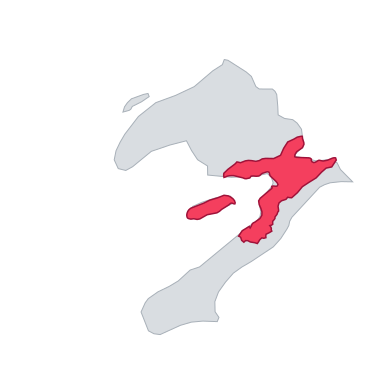 Haiti, with Ouest highlighted, rotated 314°
{"feature_id": "HTI-1388", "entity_name": "Ouest", "entity_type": "Department", "adm_level": 1, "iso_a3": "HTI", "parent_name": "Haiti", "parent_adm1": "", "projection": "robinson", "projection_center": [-72.52, 18.618], "detail": "fine", "context": "in_parent", "style": "filled", "palette": "rose", "viewbox_px": 384, "rotation_deg": 314, "n_neighbors": 0, "source": "natural_earth", "source_scale": "10m", "svg_char_len": 3863}
<svg xmlns="http://www.w3.org/2000/svg" viewBox="0 0 384 384"><g transform="rotate(314 192 192)"><path d="M309.7,123.2L311.7,126.3L316.0,147.6L316.4,154.4L312.2,164.7L312.8,168.8L321.9,178.3L322.1,181.7L321.0,185.2L313.2,194.2L307.3,200.4L309.2,207.5L314.0,214.2L314.6,219.8L313.2,227.2L305.7,236.5L301.8,239.8L290.8,240.2L289.5,241.5L295.1,250.5L301.3,260.7L311.5,268.6L313.8,276.0L311.3,283.1L310.9,300.5L303.1,292.1L294.6,285.0L289.4,282.3L284.1,280.5L243.3,281.4L238.8,282.6L235.2,284.9L231.4,286.0L220.2,288.2L209.0,288.6L183.0,282.9L172.7,280.0L162.3,278.1L150.4,278.7L138.5,280.5L129.0,284.6L121.9,291.8L120.5,298.5L116.3,300.2L106.7,289.5L97.9,281.9L87.9,276.2L67.3,268.1L63.6,263.1L61.9,257.1L70.3,238.7L79.8,235.3L85.0,234.6L96.7,236.9L108.1,241.1L118.5,243.9L134.6,244.9L143.4,249.5L205.3,256.5L217.1,258.7L221.7,257.9L225.6,255.2L229.0,250.2L232.8,246.5L251.2,245.6L255.0,244.0L257.7,238.8L257.6,233.4L246.8,226.1L230.0,210.2L215.1,191.5L221.5,185.1L219.1,173.6L221.5,162.9L225.0,152.4L210.3,143.4L193.0,134.5L168.9,131.7L161.5,129.4L157.6,122.7L161.1,113.7L168.9,108.7L177.9,105.7L187.0,103.5L209.1,101.0L231.1,103.9L250.1,113.1L269.3,120.4L293.7,122.8L304.7,125.4L309.7,123.2ZM215.7,222.5L214.1,230.0L190.6,221.1L171.6,209.9L172.4,203.9L182.1,202.5L191.4,206.2L205.2,213.6L215.7,222.5ZM228.6,89.4L232.3,91.9L230.9,94.9L221.7,93.0L212.1,89.6L209.0,90.5L207.1,90.1L201.5,86.8L206.4,84.3L211.4,83.5L217.0,83.7L228.6,89.4Z" fill="#d9dde1" stroke="#a8b0b8" stroke-width="1"/><path d="M308.7,232.7L308.5,232.9L307.2,234.4L305.3,238.0L304.1,239.4L300.6,240.7L293.7,239.3L290.3,240.1L288.7,241.4L289.5,243.1L297.8,252.4L298.4,253.4L298.6,255.0L298.1,255.6L297.5,256.0L297.1,257.2L297.7,259.1L299.0,260.0L302.6,261.0L303.4,261.7L304.8,264.0L305.5,264.9L309.0,267.4L314.0,269.5L315.3,270.4L316.1,271.3L316.3,271.6L315.2,273.6L307.1,275.1L302.4,271.9L296.2,271.4L288.4,271.5L280.5,269.5L272.5,267.7L264.7,268.3L257.1,267.7L255.8,266.2L254.7,264.5L252.0,264.7L250.3,263.8L247.9,262.5L244.5,262.2L241.5,263.8L239.2,266.8L238.3,267.6L237.2,267.6L234.9,268.7L232.8,268.9L231.6,269.1L230.5,270.1L228.8,270.3L227.0,270.4L225.9,271.4L224.9,272.5L223.3,272.2L221.9,271.3L221.6,272.9L221.1,274.2L220.0,275.1L219.3,276.6L216.3,275.8L213.1,274.6L211.6,275.6L210.5,276.9L208.6,275.8L207.5,274.1L206.2,274.0L204.7,273.9L202.3,274.5L200.3,274.8L199.2,272.5L197.9,270.6L196.5,268.6L195.8,266.0L194.2,264.3L191.9,264.2L191.7,261.3L193.1,258.7L193.1,257.4L192.6,256.2L199.0,255.0L207.0,257.1L206.5,258.8L208.3,258.4L210.7,257.5L212.4,257.5L213.7,258.1L220.2,259.3L223.8,258.4L226.3,256.1L228.1,252.8L229.6,249.1L231.9,246.1L234.8,245.4L250.1,246.9L250.7,246.7L250.9,246.2L251.0,245.7L251.4,245.5L251.9,245.6L252.2,245.9L252.4,246.1L252.7,246.2L254.6,248.6L255.5,249.1L257.1,248.7L257.8,246.9L258.0,244.4L257.9,238.0L258.0,236.8L258.7,235.4L259.4,234.5L259.7,233.7L259.2,232.5L258.4,231.8L254.2,229.6L253.1,229.4L250.8,229.3L249.8,228.9L247.9,227.2L246.2,225.0L244.5,223.5L242.2,223.8L239.1,221.7L238.3,220.7L237.5,218.7L232.8,210.7L231.5,209.3L229.7,207.6L227.8,206.3L226.2,205.7L224.7,204.9L226.0,203.1L227.6,201.9L233.4,202.1L240.3,203.2L242.5,203.5L244.8,203.4L245.8,204.9L246.7,206.5L249.0,207.6L251.4,208.7L253.9,210.6L256.0,213.1L258.4,216.6L261.4,218.6L264.6,219.5L267.3,221.6L272.8,227.5L279.9,230.2L287.1,227.6L294.5,226.1L297.6,227.3L300.7,228.5L304.6,229.6L308.1,231.9L308.7,232.7L308.7,232.7ZM174.0,211.9L172.3,210.5L171.8,210.1L171.1,209.1L170.5,208.0L170.2,206.9L170.6,205.7L171.7,204.3L173.3,203.2L175.2,202.4L177.1,202.1L179.3,202.3L192.1,208.2L198.4,210.4L205.3,214.3L211.9,217.3L214.5,220.9L215.2,223.2L215.6,225.9L215.3,228.6L214.2,230.6L213.2,231.1L212.6,230.4L211.8,228.5L211.0,227.8L210.3,227.6L208.2,227.4L200.0,225.4L197.2,225.2L194.3,224.4L186.2,218.7L178.0,216.3L175.8,214.7L174.0,211.9Z" fill="#f43f5e" stroke="#9f1239" stroke-width="1.5"/></g></svg>